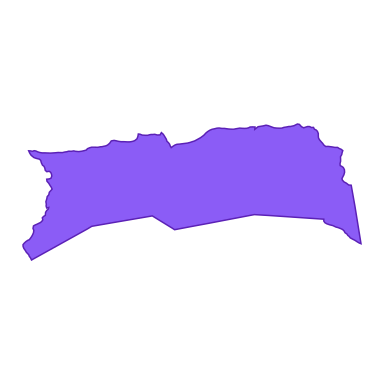 Camocim, Ceará, Brazil (Mercator projection)
{"feature_id": "56859067B40104820379814", "entity_name": "Camocim", "entity_type": "district", "adm_level": 2, "iso_a3": "BRA", "parent_name": "Brazil", "parent_adm1": "Ceará", "projection": "mercator", "projection_center": [-40.84, -2.967], "detail": "fine", "context": "isolated", "style": "filled", "palette": "violet", "viewbox_px": 384, "rotation_deg": 0, "n_neighbors": 0, "source": "geoboundaries", "source_scale": "gbopen_adm2", "svg_char_len": 3306}
<svg xmlns="http://www.w3.org/2000/svg" viewBox="0 0 384 384"><path d="M31.5,260.0L87.3,229.0L90.1,227.3L91.8,226.3L110.8,223.0L126.0,220.4L147.7,216.7L152.3,215.9L172.3,228.2L174.6,229.7L190.9,226.6L208.7,223.3L220.7,221.0L254.3,214.6L269.3,215.5L323.8,219.2L323.8,221.1L324.9,222.7L326.8,223.8L329.7,224.8L332.9,225.6L335.8,227.0L338.1,227.6L340.4,228.5L342.6,229.5L344.2,231.1L345.0,232.7L347.0,234.1L347.8,235.4L349.1,236.4L350.3,237.9L352.7,239.2L354.9,240.3L357.0,241.7L359.2,243.0L361.0,243.7L354.9,206.0L351.2,185.2L348.7,185.0L346.3,183.1L344.0,181.9L342.3,180.0L342.0,178.5L343.0,176.5L343.9,174.8L344.6,172.2L344.4,169.6L343.3,167.5L341.8,166.4L340.2,165.6L340.0,163.7L340.6,161.3L340.6,159.4L340.5,156.7L341.7,154.7L342.2,152.3L342.8,150.6L341.2,149.3L339.2,148.5L337.6,147.4L334.8,147.4L332.6,147.0L330.5,146.7L328.1,146.4L325.7,146.5L323.8,145.0L322.7,143.4L321.4,142.0L319.6,139.9L318.5,138.0L318.3,136.1L318.3,133.5L317.4,131.3L316.2,130.0L314.4,129.2L313.5,127.4L311.4,127.5L309.7,126.6L307.8,126.5L306.0,127.0L303.7,127.8L301.5,126.7L299.4,124.4L297.4,124.0L294.0,125.7L290.4,126.5L288.8,126.5L286.4,127.0L283.8,127.4L281.9,128.1L280.0,128.2L277.0,128.1L274.1,127.8L271.0,126.7L268.4,125.7L266.0,125.2L263.2,125.9L260.7,126.3L258.1,126.7L256.6,127.9L254.8,129.3L255.0,127.0L252.6,126.9L250.1,127.0L248.6,127.8L246.7,128.3L244.6,128.4L242.0,128.3L239.8,128.1L235.7,128.8L233.9,129.2L232.0,129.2L229.9,129.1L227.8,128.9L224.4,128.4L221.8,128.4L219.1,128.0L216.8,128.2L214.4,128.8L212.0,129.3L209.7,130.3L207.5,131.7L205.7,133.2L204.3,134.8L203.1,135.8L200.7,137.6L197.1,139.6L194.5,141.0L192.5,141.6L189.8,142.5L187.4,143.1L184.1,143.5L179.5,144.1L176.9,144.3L175.0,145.0L173.1,146.2L171.2,147.6L170.1,145.7L169.6,144.2L168.3,142.5L167.0,141.4L166.3,139.2L164.7,136.5L163.3,134.3L161.4,132.6L160.0,134.9L157.3,135.0L154.8,134.3L152.6,134.5L150.9,134.5L149.4,134.8L147.7,135.3L145.6,135.3L142.3,135.1L140.0,134.2L138.3,134.0L137.9,136.4L137.0,138.8L134.9,140.5L133.3,141.2L131.0,141.7L129.4,141.9L127.5,141.9L124.1,141.7L121.1,141.7L118.3,141.3L116.2,140.8L114.1,140.4L111.3,140.9L109.6,143.3L107.5,145.1L105.7,145.9L103.7,146.3L102.0,146.7L100.3,146.8L97.9,147.3L94.3,147.2L91.7,147.2L89.8,147.7L87.4,148.7L86.4,150.0L84.0,150.7L81.8,151.2L78.7,151.6L75.4,151.3L73.8,150.9L71.4,151.3L68.6,151.2L66.6,151.8L64.9,152.0L62.4,152.6L58.0,152.5L55.1,152.8L52.0,153.0L50.4,153.1L45.2,152.9L42.1,152.9L39.8,152.5L37.6,151.8L35.9,151.0L34.1,150.7L32.6,151.3L30.3,150.9L28.7,150.8L29.6,152.9L30.9,155.0L32.2,156.2L34.0,157.6L36.3,158.4L38.0,158.8L39.5,159.2L40.7,160.4L41.4,162.9L42.5,165.2L44.0,166.3L44.8,168.1L45.3,170.4L46.8,171.7L49.2,171.3L50.6,172.3L51.4,173.8L51.8,176.0L51.0,178.2L49.3,178.9L46.7,179.2L47.0,181.3L48.7,183.2L50.1,185.5L51.3,187.3L52.1,189.1L50.9,190.5L49.3,192.3L48.8,194.8L47.2,196.6L46.8,198.8L45.9,201.7L46.3,204.2L46.1,206.0L46.7,208.0L48.7,207.5L48.2,209.2L46.8,210.4L45.6,212.3L45.3,215.4L43.6,216.4L42.3,217.8L42.8,219.9L41.9,221.2L40.5,222.5L38.6,223.4L37.0,224.2L35.3,224.9L33.5,225.9L33.0,228.4L33.8,230.4L33.5,232.7L32.5,235.0L31.4,236.9L30.4,238.3L29.3,239.7L27.8,240.3L25.9,241.6L24.2,243.2L23.0,244.7L23.1,246.5L23.9,248.5L25.4,250.6L26.3,252.2L27.6,253.6L28.7,254.7L29.3,256.3L30.5,257.9L31.5,260.0Z" fill="#8b5cf6" stroke="#5b21b6" stroke-width="1.5"/></svg>